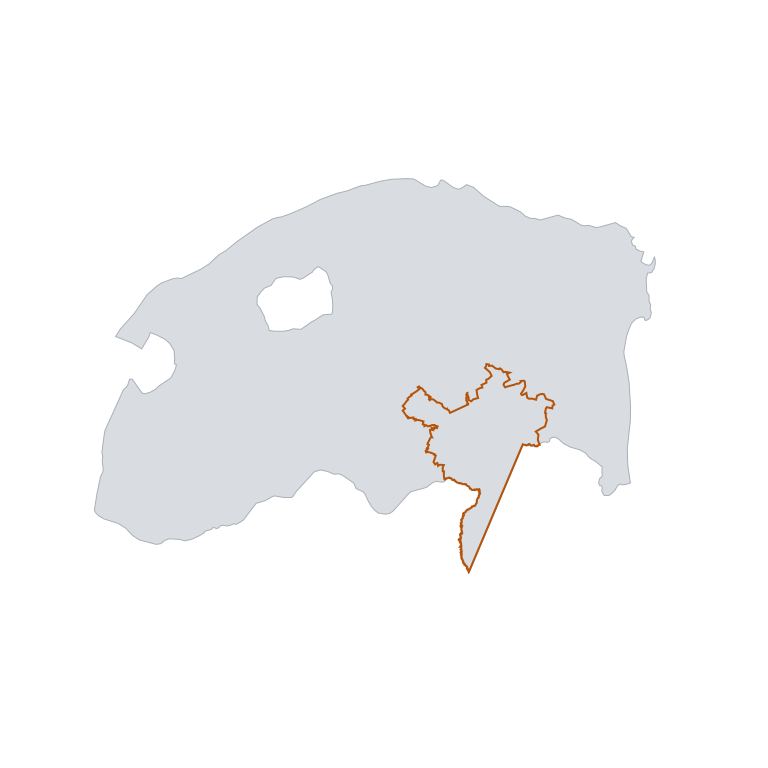 location of Z F Mgcawu, Northern Cape, South Africa, rotated 203°
{"feature_id": "47623444B49450251729649", "entity_name": "Z F Mgcawu", "entity_type": "district", "adm_level": 2, "iso_a3": "ZAF", "parent_name": "South Africa", "parent_adm1": "Northern Cape", "projection": "robinson", "projection_center": [20.762, -27.405], "detail": "fine", "context": "in_parent", "style": "outline", "palette": "amber", "viewbox_px": 768, "rotation_deg": 203, "n_neighbors": 0, "source": "geoboundaries", "source_scale": "gbopen_adm2", "svg_char_len": 9721}
<svg xmlns="http://www.w3.org/2000/svg" viewBox="0 0 768 768"><g transform="rotate(203 384 384)"><path d="M530.9,147.4L548.3,144.9L556.1,146.3L565.5,150.4L574.3,151.8L589.2,150.4L594.3,151.0L598.4,152.4L601.3,154.6L605.3,170.6L608.7,187.8L608.5,193.3L609.0,195.5L613.1,202.7L614.6,207.3L617.0,211.0L622.1,229.3L622.7,232.5L621.6,276.8L619.4,282.2L620.1,289.1L617.6,290.0L603.0,281.1L600.4,281.5L596.2,284.8L592.2,290.0L590.3,294.4L582.6,306.3L581.9,313.9L582.4,320.4L584.9,320.7L586.5,325.4L590.4,332.8L597.1,337.6L603.4,339.7L612.2,340.3L619.2,340.1L618.9,335.1L620.8,321.6L632.4,323.3L649.6,322.8L648.2,331.6L641.4,351.5L636.9,373.9L631.4,385.2L628.4,389.9L619.9,398.1L615.4,400.9L611.8,401.8L597.1,418.5L591.6,426.6L586.6,438.3L581.8,444.7L574.5,458.5L561.9,478.7L551.4,492.1L546.8,495.9L543.7,497.7L535.4,505.4L523.8,517.8L514.9,528.8L501.6,541.3L494.0,546.8L482.6,557.6L479.4,559.2L466.6,569.2L457.4,575.2L442.6,582.3L436.7,584.3L422.8,582.4L417.0,583.4L412.0,587.7L411.5,593.8L409.5,594.7L396.7,591.9L391.4,592.4L388.3,595.6L385.8,599.8L378.5,600.0L365.5,595.7L350.2,593.1L346.6,592.8L339.1,596.0L336.5,596.4L325.7,595.8L319.7,593.8L314.0,593.7L309.6,595.4L304.2,596.0L289.8,607.5L282.3,607.5L275.9,608.8L264.5,607.3L261.1,608.0L257.7,610.0L250.0,610.9L247.0,612.6L233.9,623.1L228.6,622.0L221.8,621.9L214.1,616.3L211.1,616.6L211.9,615.0L212.1,612.0L209.4,609.0L206.4,609.1L204.8,606.6L200.2,606.4L196.4,607.1L195.6,597.5L193.8,596.5L189.1,596.3L186.9,596.6L185.8,597.5L184.6,599.7L184.7,606.5L183.0,604.5L181.2,600.5L180.5,596.2L181.2,591.1L184.7,589.1L183.6,582.7L178.1,571.5L174.7,569.1L172.1,563.4L169.5,561.3L168.4,557.3L165.8,554.1L164.9,549.0L166.3,546.1L168.5,544.5L170.8,547.0L173.6,546.0L177.5,542.4L179.9,536.8L179.9,527.9L179.3,522.3L176.0,508.0L174.5,504.7L167.2,494.4L158.7,480.6L147.9,458.9L142.7,445.8L134.8,419.5L127.9,404.6L119.5,390.6L118.4,389.7L119.6,388.0L124.1,384.8L126.1,384.0L127.2,384.4L128.3,383.5L129.3,381.3L129.9,376.4L132.0,371.2L133.8,369.0L137.8,367.5L140.8,369.5L142.1,371.4L142.6,373.9L144.0,375.1L146.1,375.0L147.6,376.6L148.5,379.7L148.4,382.0L147.2,383.5L147.3,385.3L148.9,387.7L150.6,392.8L158.7,395.4L163.3,395.8L167.7,397.1L171.7,399.3L178.4,399.9L187.8,398.7L195.4,399.3L201.5,401.5L205.8,401.9L208.5,400.5L209.7,398.4L209.3,395.8L210.7,394.1L213.7,393.4L216.1,391.4L218.0,388.1L222.2,385.4L228.8,383.4L232.1,383.4L231.9,244.4L243.8,254.0L246.6,258.4L252.4,271.5L258.3,287.5L259.3,295.3L259.0,296.9L252.9,307.5L252.7,312.7L253.4,318.8L254.8,321.8L256.6,322.8L260.8,321.3L267.3,322.9L279.7,322.2L285.9,323.0L287.5,322.5L288.9,321.2L290.5,317.6L292.0,316.4L297.8,314.8L300.4,312.7L304.5,305.4L316.8,295.7L318.2,293.4L326.1,270.2L328.4,266.9L331.9,264.7L338.7,263.0L342.7,263.9L347.0,265.9L351.8,269.3L359.0,275.6L361.4,276.6L368.7,276.8L373.1,281.0L386.7,283.8L390.6,283.6L394.8,281.4L401.8,281.5L409.3,279.9L413.9,275.8L422.9,250.4L423.9,244.9L424.9,243.3L432.0,240.4L440.7,238.3L442.5,237.1L448.0,230.0L455.1,224.2L460.2,203.9L463.5,199.1L465.5,197.0L466.8,197.0L468.6,195.7L471.0,193.3L473.8,191.7L477.1,191.1L479.2,189.5L480.2,186.8L481.9,185.4L484.2,185.5L485.6,184.7L486.0,182.8L491.3,178.5L491.5,176.7L494.5,172.4L500.6,165.6L506.2,161.8L511.5,161.1L521.2,157.6L524.7,154.3L527.0,149.9L530.9,147.4ZM509.8,446.9L518.4,443.5L524.8,439.0L526.4,430.7L531.4,425.6L533.2,420.9L534.7,414.4L532.0,407.6L528.0,405.6L520.9,399.7L517.9,395.7L513.6,392.4L510.6,388.4L505.6,389.7L497.8,392.9L493.0,395.9L489.0,399.4L481.7,401.9L474.8,413.1L472.6,415.7L467.2,423.8L459.5,427.9L459.3,429.3L461.7,436.0L465.1,442.6L468.7,448.0L468.5,451.4L469.7,454.0L473.0,455.8L478.4,462.5L481.1,464.7L489.6,466.3L490.8,465.9L493.2,461.9L493.6,459.1L499.5,450.3L502.0,447.6L509.8,446.9Z" fill="#d9dde1" stroke="#a8b0b8" stroke-width="1"/><path d="M348.3,361.8L347.5,362.5L343.8,364.7L343.0,363.2L341.2,364.2L340.8,362.7L339.3,364.0L338.1,364.3L336.6,364.6L333.1,365.0L332.7,362.2L331.3,361.9L331.0,362.2L330.3,361.0L329.3,362.5L328.3,362.4L327.4,362.1L325.1,363.6L324.0,364.7L322.2,365.8L321.4,365.9L319.0,365.8L318.1,365.9L318.2,365.2L318.0,364.1L320.7,363.7L320.3,362.4L322.7,362.2L321.1,360.7L322.4,360.5L323.7,360.0L323.2,358.5L322.0,356.9L319.9,354.5L319.1,353.8L319.9,353.7L320.3,351.7L320.6,345.8L318.9,345.6L319.0,343.3L319.4,341.7L318.2,341.8L318.4,340.4L319.1,340.0L319.2,339.2L319.5,338.7L318.4,337.5L317.4,338.5L314.7,339.0L312.8,339.1L310.1,339.1L310.2,338.5L308.4,338.4L307.9,331.5L305.5,330.0L304.7,331.4L304.1,332.1L303.7,331.8L303.4,331.2L302.2,329.7L301.4,331.3L299.3,332.2L298.3,332.2L297.3,332.7L297.3,329.5L296.9,329.2L295.8,326.6L294.7,327.0L293.2,323.2L291.9,320.9L291.2,320.0L290.7,319.8L290.4,320.4L290.3,321.1L290.0,321.1L289.7,321.4L288.9,322.1L287.7,323.2L287.5,323.3L286.9,323.0L286.5,323.4L285.3,323.5L284.3,322.5L283.6,322.5L283.2,322.9L282.5,322.6L282.0,323.3L281.1,322.9L280.7,322.5L280.0,322.5L279.3,322.0L278.1,321.8L277.2,322.1L275.8,321.9L275.3,322.5L274.7,322.8L274.4,322.8L273.7,322.4L273.0,322.7L272.2,322.6L271.3,323.0L270.7,323.5L270.0,323.5L269.4,323.8L268.8,323.2L267.6,322.8L267.0,322.9L266.4,322.7L265.4,322.7L264.6,321.9L264.1,321.2L263.8,321.2L263.3,321.5L262.1,320.9L261.3,320.9L260.0,321.7L259.2,321.7L259.1,322.5L258.1,322.5L257.7,323.2L257.4,323.5L256.2,323.5L255.8,323.6L255.6,323.8L255.2,324.7L254.8,325.0L254.9,324.8L254.5,323.3L254.8,322.8L254.8,322.5L253.5,322.1L253.5,321.8L253.7,321.3L253.3,320.8L252.8,320.5L253.2,320.0L253.3,319.7L252.9,319.1L253.2,318.2L252.8,317.7L252.5,316.7L252.6,316.3L253.2,315.9L253.0,315.0L253.2,314.1L253.1,313.1L253.1,312.7L252.4,311.9L252.4,311.0L252.2,310.2L252.5,309.6L252.6,307.5L252.9,307.2L253.7,307.1L254.6,305.8L255.1,305.8L255.3,305.2L255.2,304.7L255.7,304.0L256.0,303.3L256.7,302.7L257.2,301.5L258.2,301.0L258.3,300.5L258.7,300.0L258.8,299.4L259.1,298.8L259.0,298.0L259.2,297.6L259.4,297.2L260.0,296.8L260.6,295.7L260.4,295.4L259.9,295.4L259.2,294.7L259.8,294.1L259.9,293.7L259.4,293.5L259.2,292.9L259.6,292.5L259.7,292.1L259.6,291.6L259.1,290.9L259.5,290.3L259.6,289.7L259.9,289.3L259.9,289.0L258.6,287.7L258.5,286.9L258.9,286.6L259.0,285.8L258.7,285.5L258.1,285.4L258.0,285.2L258.2,284.4L258.1,283.9L258.2,283.5L258.2,283.3L258.0,283.2L257.7,283.3L257.0,284.1L256.6,284.0L256.8,283.3L257.3,282.8L257.4,282.4L257.1,282.1L256.3,282.1L256.3,281.2L255.9,280.1L255.6,279.6L254.6,279.0L254.5,278.3L254.9,277.5L254.9,276.9L254.4,276.7L254.1,277.0L253.7,277.0L253.8,276.6L254.2,275.7L255.0,275.7L255.3,275.4L254.3,273.7L253.6,273.0L253.1,272.9L253.0,272.7L253.0,272.3L253.5,271.7L253.2,271.0L253.2,270.8L253.4,270.7L254.3,270.6L254.4,270.4L254.5,270.0L254.2,269.7L253.5,270.4L252.8,270.3L252.6,269.7L253.2,269.2L252.9,268.8L252.3,269.1L252.1,269.0L252.0,268.8L252.2,268.2L252.1,267.8L251.8,267.6L251.3,267.9L251.0,267.8L250.8,267.6L250.1,265.9L250.4,265.3L250.3,265.0L250.1,264.9L249.5,265.2L249.3,264.9L249.4,264.5L250.2,263.9L250.3,263.7L249.7,263.8L249.4,263.3L248.8,263.2L248.4,262.4L248.8,261.5L248.4,261.3L247.9,261.5L247.7,261.3L247.6,260.9L247.1,260.4L247.0,260.2L247.6,259.8L247.7,259.5L247.8,258.8L247.5,258.5L247.0,258.9L246.6,258.7L246.4,258.5L246.6,258.0L246.3,257.7L246.5,257.3L246.2,256.8L245.9,256.8L246.1,256.2L245.3,255.8L244.9,255.2L245.1,254.8L245.0,254.2L244.1,253.8L243.9,253.2L243.2,253.1L242.9,252.4L242.2,252.1L241.8,251.7L241.9,251.1L241.4,250.9L241.2,250.2L240.1,249.6L239.8,249.8L239.2,249.0L238.7,249.5L237.7,248.5L237.4,248.3L236.5,248.5L236.3,248.3L236.1,247.7L235.4,247.3L235.5,246.5L234.7,246.4L234.7,245.8L233.8,245.7L233.5,244.9L232.5,244.0L232.7,382.6L231.9,382.5L230.0,383.2L229.2,383.0L228.8,383.1L228.4,383.6L227.9,383.8L227.6,384.2L227.7,384.5L227.1,385.4L226.8,385.6L225.7,385.3L225.1,384.9L224.4,384.7L223.7,385.1L223.0,386.0L222.3,386.1L222.1,386.5L220.7,385.7L219.8,386.1L219.4,386.4L218.8,386.3L218.2,386.9L218.2,387.3L218.1,388.1L217.8,388.6L217.0,388.9L220.5,392.5L222.1,397.8L225.7,399.5L222.5,403.9L219.2,407.8L220.0,414.5L221.8,416.3L223.4,419.4L223.3,420.2L224.5,420.4L225.4,424.6L225.2,426.2L219.6,427.3L220.4,430.0L219.2,431.6L221.9,434.2L229.1,433.6L231.2,435.7L232.7,437.0L233.0,437.0L234.3,436.8L236.2,435.6L238.5,433.1L237.9,428.9L241.6,428.5L245.2,427.0L246.9,427.5L249.5,431.4L251.9,428.2L252.9,427.7L254.1,428.5L253.3,432.7L253.0,436.9L255.6,441.5L256.2,441.7L257.1,441.4L259.3,440.2L258.7,439.8L259.6,437.6L260.4,436.7L261.7,436.4L263.7,434.3L268.6,430.6L271.2,428.3L272.4,429.0L273.8,430.2L273.7,432.1L269.9,437.2L272.8,439.4L274.8,441.3L272.8,443.5L276.9,442.7L278.6,441.5L281.2,443.2L283.4,443.7L284.0,442.5L284.6,442.5L287.2,441.9L291.7,443.1L294.3,441.7L295.1,443.0L297.5,442.3L296.9,440.3L297.4,438.3L294.7,437.5L291.0,436.1L288.1,433.5L290.0,429.4L291.6,427.8L290.2,425.3L293.9,421.2L292.1,419.2L294.2,417.6L296.5,414.7L293.9,410.4L291.9,407.9L295.8,404.8L296.9,402.2L299.9,402.3L300.9,404.7L303.0,406.6L303.7,408.3L304.1,407.9L303.7,407.2L304.0,406.1L303.6,405.8L303.3,405.3L302.6,404.9L302.3,404.3L302.4,404.1L302.9,403.6L302.9,403.2L302.3,402.4L301.7,400.9L300.7,400.3L300.3,399.9L300.0,399.5L299.7,398.3L299.2,398.2L298.7,398.6L298.5,398.1L312.0,383.2L314.1,385.2L316.0,385.3L316.3,385.8L316.6,385.4L318.7,385.4L320.7,386.0L321.9,386.9L322.8,388.2L325.4,388.3L326.7,388.2L328.2,387.6L329.3,388.3L329.9,388.4L332.5,389.0L333.5,388.9L335.3,388.0L335.6,387.0L336.6,387.5L336.1,389.1L335.9,390.2L336.9,390.5L337.6,389.6L338.8,391.0L340.8,390.8L341.6,390.4L342.6,392.7L344.8,393.4L346.8,394.6L349.7,395.0L350.9,395.4L351.7,394.2L349.5,393.2L350.7,390.8L351.4,389.7L353.7,386.4L354.9,384.9L354.1,384.2L356.1,381.2L356.6,379.6L355.7,379.0L356.8,376.2L357.2,373.9L358.2,371.1L355.0,369.5L356.4,366.9L350.1,362.9L349.8,363.4L349.0,362.9L348.8,363.0L348.6,362.2L348.8,362.1L348.3,361.8Z" fill="none" stroke="#b45309" stroke-width="2"/></g></svg>